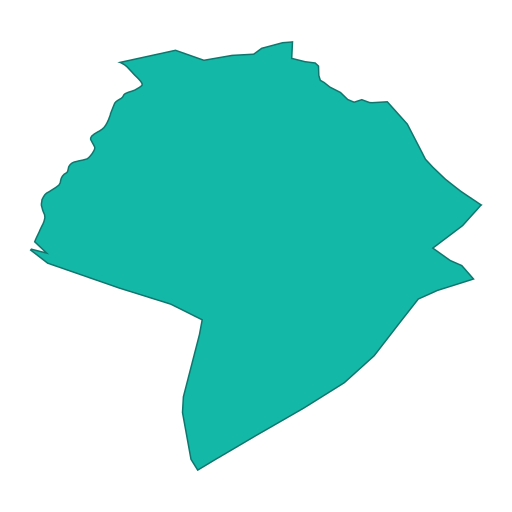 An Nabk, Rif Dimashq, Syria (Albers equal-area conic projection)
{"feature_id": "27442178B81131748986773", "entity_name": "An Nabk", "entity_type": "district", "adm_level": 2, "iso_a3": "SYR", "parent_name": "Syria", "parent_adm1": "Rif Dimashq", "projection": "albers", "projection_center": [36.664, 34.043], "detail": "fine", "context": "isolated", "style": "filled", "palette": "teal", "viewbox_px": 512, "rotation_deg": 0, "n_neighbors": 0, "source": "geoboundaries", "source_scale": "gbopen_adm2", "svg_char_len": 2816}
<svg xmlns="http://www.w3.org/2000/svg" viewBox="0 0 512 512"><path d="M473.5,279.0L461.8,265.6L450.2,260.5L445.0,256.8L432.8,248.1L462.6,225.6L470.5,216.8L477.3,209.3L478.6,207.8L480.5,205.6L480.8,205.4L481.3,205.0L480.9,204.8L480.8,204.7L477.6,202.6L475.9,201.4L473.6,199.9L467.3,195.7L461.1,191.5L455.9,187.5L450.8,183.5L445.6,179.4L439.2,173.3L432.9,167.3L429.2,163.3L425.4,159.2L422.1,152.7L407.3,124.1L387.3,101.8L372.3,102.7L369.9,102.6L369.4,102.5L361.8,99.7L354.1,102.2L351.9,101.3L347.7,99.5L344.1,96.0L340.5,92.5L335.2,89.8L329.9,87.1L324.1,82.5L320.3,80.3L318.8,75.4L318.5,66.1L315.2,63.0L305.0,61.7L294.2,59.0L291.8,58.4L291.7,58.4L292.5,41.9L290.7,42.1L282.7,42.7L261.7,48.3L253.7,54.2L232.1,55.4L203.9,60.3L175.5,50.3L120.1,62.4L120.4,62.5L122.8,63.8L124.8,65.0L126.9,66.7L131.2,71.3L133.4,73.7L134.7,75.1L137.5,77.8L139.1,79.5L140.5,81.1L141.1,81.9L141.1,82.0L141.7,82.9L142.2,84.0L142.1,84.4L142.0,85.3L141.3,86.0L140.6,86.5L139.7,87.2L139.4,87.4L138.9,87.7L134.8,90.1L132.1,91.1L128.5,92.2L125.3,93.6L124.5,94.2L123.9,94.8L123.3,95.9L122.8,96.8L122.2,97.5L121.3,98.3L120.8,98.6L119.7,99.2L117.6,100.5L116.4,101.4L115.7,102.0L114.8,103.1L114.3,104.2L113.2,106.9L111.0,112.5L110.5,113.7L110.4,114.7L109.3,117.6L109.0,118.3L108.9,118.8L108.8,119.1L108.1,120.6L107.8,121.1L107.7,121.5L106.9,123.1L105.7,125.2L104.0,127.5L103.9,127.7L103.2,128.2L102.8,128.6L101.9,129.4L100.6,130.2L99.4,131.1L99.0,131.3L98.4,131.5L96.1,132.9L94.4,133.9L93.3,134.8L92.7,135.3L92.3,135.6L91.9,135.9L91.8,136.1L91.5,136.5L91.3,136.9L90.7,138.0L90.7,138.3L90.6,139.2L91.0,140.2L91.4,140.8L92.4,142.8L92.9,143.6L94.1,145.9L94.3,146.2L94.3,146.3L94.4,146.5L94.5,146.6L94.8,147.7L94.7,148.6L94.4,149.6L93.9,150.7L93.3,151.7L92.3,153.4L91.7,154.2L91.5,154.5L91.3,154.7L90.2,156.1L89.6,156.7L89.0,157.4L88.0,158.2L87.8,158.4L87.1,158.9L85.7,159.3L85.2,159.4L83.9,159.8L83.4,159.9L82.8,160.1L80.1,160.6L78.8,160.9L78.7,160.9L77.3,161.3L74.3,162.0L72.7,162.7L71.5,163.4L70.0,164.8L69.4,165.8L68.9,166.4L68.5,167.7L68.3,168.7L67.8,170.8L67.4,171.8L66.8,172.6L65.2,173.6L64.2,174.2L63.2,175.3L62.4,176.2L61.5,177.8L61.0,179.1L60.5,181.3L60.3,182.6L59.8,183.6L59.3,184.4L58.9,185.1L55.9,187.4L51.0,190.5L49.5,191.5L46.6,193.1L45.4,194.2L44.9,194.7L43.6,196.6L42.5,198.7L41.9,200.0L41.9,200.9L41.4,203.8L41.4,205.3L41.6,206.1L42.1,207.9L42.5,209.5L43.3,211.8L44.6,214.8L44.7,216.0L44.9,217.1L44.9,217.4L44.6,219.0L44.0,221.4L43.0,223.9L41.8,226.2L39.8,230.4L39.3,231.7L36.9,236.7L35.7,239.3L34.7,241.8L46.7,253.1L31.4,249.2L30.7,250.1L47.7,263.2L119.1,288.0L170.9,304.2L175.7,306.6L195.9,316.7L202.2,319.8L199.5,334.4L183.4,396.8L182.5,412.5L191.0,459.3L197.7,470.1L213.8,460.4L255.9,435.6L303.7,408.1L344.3,382.7L374.2,355.7L400.1,322.2L418.3,299.0L437.5,290.4L473.5,279.0Z" fill="#14b8a6" stroke="#0f766e" stroke-width="1.5"/></svg>